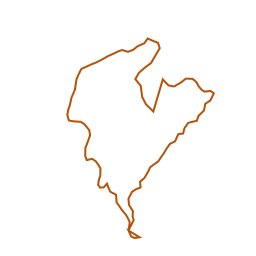 Damolândia, Goiás, Brazil (Robinson projection), rotated 215°
{"feature_id": "56859067B54653544847909", "entity_name": "Damolândia", "entity_type": "district", "adm_level": 2, "iso_a3": "BRA", "parent_name": "Brazil", "parent_adm1": "Goiás", "projection": "robinson", "projection_center": [-49.341, -16.25], "detail": "fine", "context": "isolated", "style": "outline", "palette": "amber", "viewbox_px": 256, "rotation_deg": 215, "n_neighbors": 0, "source": "geoboundaries", "source_scale": "gbopen_adm2", "svg_char_len": 1377}
<svg xmlns="http://www.w3.org/2000/svg" viewBox="0 0 256 256"><g transform="rotate(215 128 128)"><path d="M127.4,187.8L116.7,156.0L126.9,157.7L134.2,161.6L141.7,169.8L150.0,172.2L150.7,179.3L148.9,186.9L146.4,194.4L147.8,211.6L152.3,215.0L156.5,213.9L163.2,212.6L163.2,206.8L167.1,200.3L168.5,195.3L171.7,190.4L177.4,188.6L179.9,185.3L182.5,180.6L185.9,174.9L189.1,168.1L191.9,163.0L194.8,158.6L200.1,149.6L199.1,142.9L198.2,138.6L195.4,132.8L193.5,129.1L191.7,120.5L188.4,112.4L187.4,108.5L185.2,103.9L180.8,100.3L176.6,102.1L170.4,105.9L166.6,106.2L163.0,105.3L158.5,104.0L154.9,100.3L153.0,93.6L151.5,87.3L147.0,80.6L143.4,78.0L139.8,82.1L135.6,82.3L132.1,81.2L127.4,79.1L123.3,73.0L122.2,68.9L119.9,64.4L116.7,63.1L113.8,65.5L113.3,70.4L110.3,68.2L105.8,65.6L99.5,66.5L97.1,63.5L94.6,60.5L90.6,59.1L85.0,57.0L80.5,55.9L76.6,54.2L72.5,51.8L68.8,44.3L70.6,55.9L73.6,58.3L76.1,62.6L83.1,65.6L87.1,70.4L88.1,78.0L86.4,82.3L83.6,86.5L87.3,90.9L85.9,96.4L86.5,104.0L87.3,108.7L84.1,118.1L84.2,128.5L84.6,133.6L84.5,139.1L81.8,144.1L83.3,151.8L79.7,155.1L81.6,160.0L81.6,166.8L75.8,173.4L77.2,178.5L75.8,185.8L78.6,192.3L76.3,197.7L77.6,205.7L81.6,205.7L86.3,201.6L89.8,201.6L94.2,202.7L98.1,204.8L103.3,205.3L109.0,201.6L110.4,196.4L114.1,188.4L119.2,186.1L127.4,187.8ZM68.8,44.3L63.2,41.0L59.5,41.6L55.9,45.1L68.8,44.3Z" fill="none" stroke="#b45309" stroke-width="2"/></g></svg>